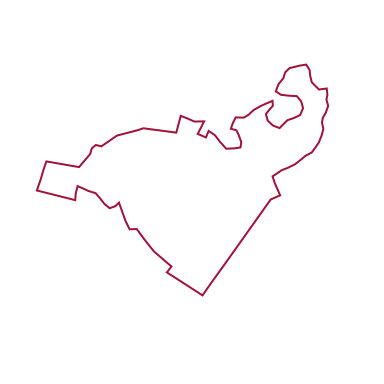 the district of Barra Bonita, Santa Catarina, Brazil, rotated 259°
{"feature_id": "56859067B80116174386319", "entity_name": "Barra Bonita", "entity_type": "district", "adm_level": 2, "iso_a3": "BRA", "parent_name": "Brazil", "parent_adm1": "Santa Catarina", "projection": "robinson", "projection_center": [-53.408, -26.665], "detail": "fine", "context": "isolated", "style": "outline", "palette": "rose", "viewbox_px": 384, "rotation_deg": 259, "n_neighbors": 0, "source": "geoboundaries", "source_scale": "gbopen_adm2", "svg_char_len": 1447}
<svg xmlns="http://www.w3.org/2000/svg" viewBox="0 0 384 384"><g transform="rotate(259 192 192)"><path d="M206.3,75.8L213.0,77.7L219.6,80.8L216.7,85.1L212.7,90.7L209.2,97.2L203.8,100.3L196.8,103.9L191.8,108.1L192.7,114.0L195.5,118.3L176.4,121.2L167.3,123.6L166.2,130.7L154.5,136.2L140.9,143.3L122.8,157.6L117.9,152.0L88.5,182.6L98.8,193.2L109.4,204.5L118.2,213.8L169.6,267.8L171.9,277.9L185.1,274.9L192.0,274.1L194.1,279.2L196.3,284.2L197.4,290.5L199.6,298.5L202.7,304.6L205.8,310.2L207.9,317.0L211.7,321.2L216.6,326.1L223.2,330.3L229.1,333.0L235.2,332.8L239.8,334.5L244.4,338.5L250.5,342.1L257.0,341.6L261.4,343.4L267.9,344.0L268.4,336.2L276.8,330.5L283.2,330.2L289.4,330.7L295.3,328.4L295.5,321.6L295.0,311.4L291.7,306.3L286.2,303.3L281.2,297.4L274.8,293.5L270.4,297.9L267.9,306.0L266.1,313.2L260.2,316.5L253.1,317.0L246.9,312.9L245.1,305.7L244.3,299.4L241.3,294.9L238.0,290.1L241.8,284.2L247.5,280.0L254.4,279.4L258.0,283.6L261.2,287.8L266.1,288.4L264.5,280.9L263.2,275.6L260.7,268.1L257.0,262.2L255.1,257.1L256.9,249.1L251.6,245.1L246.7,242.2L244.1,247.4L239.0,248.7L231.6,249.9L226.5,248.1L226.8,241.5L228.0,233.8L236.2,228.9L243.3,225.4L248.8,220.0L242.9,216.1L247.9,208.7L259.0,217.4L260.7,207.8L265.0,201.6L268.9,195.5L253.3,187.9L263.8,156.5L263.0,149.9L261.7,129.2L254.1,111.7L256.5,106.5L253.8,101.8L248.8,99.4L238.0,85.9L249.8,54.9L242.8,50.8L232.9,45.7L223.1,40.0L206.3,75.8Z" fill="none" stroke="#9f1239" stroke-width="2"/></g></svg>